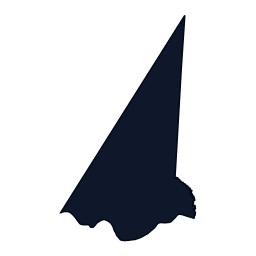 outline of Puerto Nariño, Amazonas, Colombia
{"feature_id": "7082276B14998951172946", "entity_name": "Puerto Nariño", "entity_type": "district", "adm_level": 2, "iso_a3": "COL", "parent_name": "Colombia", "parent_adm1": "Amazonas", "projection": "albers", "projection_center": [-70.424, -3.539], "detail": "fine", "context": "isolated", "style": "filled", "palette": "ink", "viewbox_px": 256, "rotation_deg": 0, "n_neighbors": 0, "source": "geoboundaries", "source_scale": "gbopen_adm2", "svg_char_len": 5003}
<svg xmlns="http://www.w3.org/2000/svg" viewBox="0 0 256 256"><path d="M194.0,218.2L194.3,216.7L194.3,216.3L194.3,216.1L194.6,215.8L195.0,215.4L195.1,215.1L194.7,214.8L194.4,214.8L194.2,214.6L194.1,214.3L194.3,214.0L194.5,214.0L194.6,214.3L194.8,214.4L195.0,214.4L195.3,214.1L195.3,213.8L195.3,213.6L195.3,213.3L195.4,212.6L195.3,212.2L195.0,211.8L194.8,211.7L194.6,211.7L194.4,211.9L194.2,211.9L194.1,211.6L193.9,211.5L193.8,211.4L193.8,211.0L193.9,210.9L194.2,210.9L194.4,210.7L194.2,210.5L194.0,210.4L193.8,210.3L193.5,210.2L193.4,210.1L193.3,209.8L193.3,209.5L193.4,209.0L193.5,208.9L193.8,208.9L193.8,209.0L193.7,209.3L193.8,209.5L194.0,209.4L194.4,209.4L194.8,209.4L195.0,209.2L195.0,208.9L195.2,208.6L195.3,208.5L195.4,208.4L195.2,208.1L195.1,207.8L195.1,207.6L195.2,207.3L195.2,206.8L195.3,206.6L195.3,206.2L195.1,205.8L194.7,205.7L194.3,205.4L194.1,205.6L194.0,205.8L194.0,206.0L193.9,206.3L193.7,206.1L193.7,205.9L193.8,205.7L193.6,205.4L193.0,205.4L192.6,205.3L192.5,205.2L192.8,205.0L192.8,204.9L192.7,204.8L192.4,204.7L192.5,204.2L192.5,203.8L192.6,203.7L192.9,203.8L193.0,203.9L193.3,203.8L193.3,203.2L193.2,203.2L193.0,202.9L193.1,202.7L193.4,202.6L193.3,202.4L193.2,202.3L193.1,202.5L192.9,202.5L192.8,202.4L192.9,202.1L192.9,201.9L192.9,201.7L193.0,201.7L193.3,201.6L193.5,201.3L193.6,201.0L193.7,200.8L193.9,200.6L194.2,200.6L194.4,200.6L194.7,200.3L194.8,200.1L194.7,199.8L194.4,200.1L193.9,200.2L193.7,200.1L193.8,199.9L194.0,199.6L194.0,199.3L194.2,199.0L194.2,198.6L194.4,198.2L194.4,197.9L194.3,197.7L194.2,197.7L194.1,197.8L194.0,198.2L193.8,198.3L193.6,198.3L193.4,198.1L193.4,197.7L193.4,197.3L193.7,196.5L193.7,196.4L193.6,196.1L193.2,195.8L192.9,195.8L192.7,195.9L192.5,196.2L192.4,196.2L192.4,195.8L192.5,195.5L192.5,195.3L192.3,195.0L192.3,194.5L192.3,194.3L192.2,194.3L192.0,194.2L192.0,194.3L191.9,194.4L191.9,194.6L192.0,194.8L192.0,195.0L191.4,195.2L191.3,195.3L191.1,195.5L190.8,195.5L190.7,195.3L190.7,195.1L190.8,194.9L191.0,194.7L191.4,194.5L191.6,194.2L191.8,193.8L191.7,193.4L191.5,192.9L191.3,192.6L191.2,192.5L190.9,192.6L190.4,193.0L190.2,193.0L190.0,192.9L190.2,192.6L190.6,192.3L190.8,192.0L191.3,191.6L191.6,191.2L191.8,191.0L191.9,190.9L191.8,190.6L191.6,190.3L191.2,190.2L190.8,190.2L190.8,190.3L190.9,190.5L191.1,190.4L191.2,190.5L191.3,190.6L191.2,190.7L191.0,190.9L190.8,191.0L190.6,191.1L190.4,191.0L190.4,190.9L190.4,190.7L190.5,190.5L190.5,190.4L190.4,190.3L190.2,190.3L190.0,190.2L190.2,189.8L190.3,189.6L190.3,189.3L190.2,189.0L190.0,188.9L189.8,188.9L189.7,188.8L189.7,188.5L189.9,188.3L189.7,188.2L189.2,188.2L188.8,187.9L188.7,187.7L188.7,187.4L188.4,187.4L188.2,187.3L188.2,187.0L188.2,186.9L187.8,186.6L187.7,186.4L187.4,186.5L187.2,186.8L186.9,186.7L186.9,186.3L186.9,186.2L187.1,186.1L187.1,185.8L187.0,185.6L186.8,185.5L186.1,185.5L185.9,185.5L185.7,185.4L185.7,185.0L185.5,184.9L185.4,184.9L185.4,184.7L185.5,184.4L185.4,184.2L185.0,184.2L184.8,184.5L184.7,184.5L184.6,184.4L184.7,184.2L184.5,183.8L184.3,183.8L184.1,183.9L184.0,184.0L183.9,184.3L183.8,184.2L183.7,184.1L183.6,183.9L183.2,183.7L183.3,183.0L183.2,182.7L182.9,182.9L182.7,182.9L182.4,182.9L182.1,182.9L181.9,182.6L181.8,182.2L181.6,181.7L181.5,181.8L181.5,182.0L181.3,182.0L181.1,182.0L180.9,181.8L180.7,181.8L180.3,181.5L180.3,181.4L180.2,181.2L179.7,180.8L179.8,180.6L180.0,180.5L180.0,180.4L179.9,180.3L179.9,180.2L179.6,180.2L179.4,179.8L179.0,179.8L178.9,179.8L178.8,179.5L178.7,179.3L178.7,179.0L178.4,179.0L178.2,179.0L177.7,178.9L177.7,178.6L177.7,178.4L177.7,178.2L177.5,178.3L177.4,178.5L177.2,178.5L177.1,178.4L177.3,177.9L177.2,177.7L176.8,177.7L176.6,177.5L176.4,177.5L176.2,177.6L176.1,177.9L175.9,177.9L175.6,178.0L175.2,178.0L175.0,177.8L181.2,69.7L184.8,15.4L60.6,212.7L60.9,212.7L61.1,212.6L62.0,212.1L62.4,212.0L64.3,211.6L64.8,211.5L66.1,211.5L66.4,211.5L68.9,211.9L69.2,212.0L69.7,212.2L70.6,212.7L71.3,213.3L73.6,215.5L76.1,218.5L77.1,220.0L77.8,221.0L78.4,221.7L79.5,223.2L79.7,223.4L80.4,224.0L80.9,224.2L81.6,224.4L82.4,224.6L83.5,224.7L84.6,224.7L86.3,224.7L87.2,224.7L87.9,224.7L88.6,224.8L88.8,224.9L89.1,225.1L89.5,225.5L90.4,227.0L90.5,227.1L91.0,227.3L91.9,227.3L92.4,227.3L92.9,227.1L93.3,227.0L93.6,226.8L94.1,226.3L94.7,225.7L95.7,224.4L96.4,223.4L97.7,222.4L100.5,220.6L101.0,220.4L101.9,220.0L102.7,219.7L103.4,219.6L104.1,219.5L104.6,219.6L105.0,219.7L106.6,220.3L107.9,221.0L109.7,222.2L110.9,223.3L111.7,224.4L112.8,226.2L113.7,228.7L114.1,230.0L114.3,230.5L114.5,231.0L114.9,231.6L115.4,232.3L115.6,232.6L116.4,234.6L116.6,235.1L117.1,235.9L118.5,237.5L120.5,239.9L124.1,240.6L128.2,240.3L135.3,239.4L140.6,237.5L147.7,233.6L154.5,227.8L155.0,227.2L155.3,226.8L156.4,225.2L157.4,223.9L157.8,223.5L158.2,223.2L158.7,223.0L159.2,222.8L159.9,222.7L160.9,222.5L164.8,222.8L168.9,222.4L169.6,222.3L170.3,222.0L170.9,221.7L171.4,221.4L171.6,221.1L172.1,220.5L172.3,220.3L173.6,219.1L174.3,218.5L177.0,215.4L177.8,214.7L178.6,214.2L180.8,214.3L183.2,214.9L188.5,216.6L194.0,218.2Z" fill="#0f172a" stroke="#020617" stroke-width="1.5"/></svg>